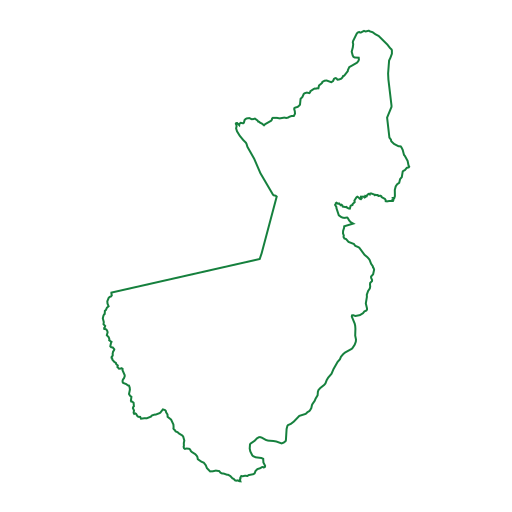 Pontes e Lacerda, Mato Grosso, Brazil (Mercator projection)
{"feature_id": "56859067B31933102266725", "entity_name": "Pontes e Lacerda", "entity_type": "district", "adm_level": 2, "iso_a3": "BRA", "parent_name": "Brazil", "parent_adm1": "Mato Grosso", "projection": "mercator", "projection_center": [-59.418, -15.43], "detail": "fine", "context": "isolated", "style": "outline", "palette": "green", "viewbox_px": 512, "rotation_deg": 0, "n_neighbors": 0, "source": "geoboundaries", "source_scale": "gbopen_adm2", "svg_char_len": 6060}
<svg xmlns="http://www.w3.org/2000/svg" viewBox="0 0 512 512"><path d="M272.8,117.9L272.1,118.5L271.9,119.6L271.2,120.7L265.1,124.2L264.0,125.3L261.8,123.5L260.2,122.8L259.2,121.8L258.3,121.7L257.6,120.6L254.9,118.6L253.3,119.1L251.6,119.2L249.4,118.1L246.8,118.4L245.6,119.0L244.6,120.0L243.9,122.7L243.1,123.3L240.7,122.8L239.3,124.0L239.2,125.1L237.1,123.0L236.2,123.1L235.8,123.8L236.3,124.7L236.6,126.2L236.1,128.4L237.0,131.3L239.7,135.7L243.2,140.0L245.9,142.7L246.6,144.1L247.4,146.8L254.2,158.8L260.4,173.2L273.0,194.7L273.7,195.3L275.6,195.7L276.7,196.6L261.6,253.4L259.7,259.0L111.4,292.6L111.4,293.7L111.8,295.3L111.1,296.4L109.7,296.9L108.7,297.8L107.3,301.3L107.5,303.6L108.6,306.3L106.9,307.7L105.9,310.0L104.9,310.8L104.7,314.0L104.0,314.5L103.4,315.8L102.8,318.3L103.8,322.1L103.5,324.2L105.2,326.0L104.8,327.2L104.1,328.1L104.3,329.0L105.6,329.1L106.5,329.7L107.4,331.3L107.6,332.4L106.8,335.2L108.7,337.2L109.4,339.2L109.2,340.3L111.5,341.9L111.0,342.9L110.3,346.3L111.1,347.2L112.8,347.5L114.3,349.3L113.9,350.5L113.1,351.5L112.6,353.9L112.8,355.1L112.4,356.1L111.7,356.7L111.5,357.8L112.2,358.3L112.3,359.6L114.3,361.9L115.9,362.9L116.2,364.1L117.8,365.5L117.4,367.0L118.2,367.8L119.0,368.7L120.5,368.6L121.6,368.2L122.6,368.9L122.5,370.2L124.7,375.2L124.7,376.3L123.9,378.4L123.0,379.4L122.6,380.6L122.6,382.0L123.1,382.9L126.2,384.1L127.9,385.4L129.0,385.6L129.7,387.6L129.9,389.7L129.0,394.0L130.0,395.7L131.4,396.8L130.9,400.8L131.3,401.6L132.2,401.6L133.6,402.8L133.9,406.3L133.2,407.0L132.9,408.1L134.0,410.5L133.6,412.8L134.2,413.9L135.3,413.4L136.1,413.9L137.4,416.1L138.3,416.8L140.2,416.9L141.0,418.7L144.6,418.2L146.7,418.3L151.0,416.6L151.6,415.7L152.4,415.3L154.6,414.6L155.7,414.6L159.4,413.2L160.3,412.7L162.9,409.4L165.0,410.1L165.8,410.9L166.1,412.3L167.5,414.5L167.6,416.8L171.1,419.6L173.4,424.5L173.6,427.2L173.4,428.4L173.8,429.3L174.6,429.8L175.6,431.4L177.6,432.2L179.0,433.5L182.3,435.5L183.2,436.6L184.3,440.5L183.8,443.1L183.9,445.9L183.6,446.8L184.0,448.2L184.9,448.9L186.6,448.5L189.2,448.8L190.1,449.5L190.8,451.0L191.7,451.9L195.3,454.2L196.8,455.9L197.4,457.0L197.8,459.2L201.4,461.7L203.8,462.7L205.8,465.3L206.9,468.1L210.1,471.4L212.7,471.3L215.8,470.6L219.2,471.1L220.5,472.7L221.8,473.4L223.8,473.6L226.9,474.7L228.2,474.8L230.4,476.1L232.5,478.4L233.6,478.8L235.1,480.4L236.3,480.7L237.4,480.4L239.4,481.2L240.4,481.3L239.8,479.4L240.5,478.7L240.3,477.7L241.3,476.0L242.5,476.3L245.1,475.7L247.4,476.0L248.6,475.1L253.3,474.2L254.6,473.4L255.5,471.0L257.4,469.1L260.2,468.2L262.0,467.1L262.9,467.0L263.8,467.5L265.0,466.8L265.1,465.8L263.4,462.5L263.2,458.8L261.4,458.0L255.7,457.3L253.2,456.2L252.3,455.4L250.3,451.4L249.7,448.5L250.0,444.4L250.5,443.6L254.6,440.8L257.0,438.3L259.0,437.2L260.0,437.1L261.7,437.6L266.0,440.0L268.1,440.6L273.4,441.0L276.3,441.5L281.6,443.4L283.7,442.6L285.6,441.1L285.9,440.2L286.6,428.9L287.4,425.9L288.0,425.1L290.8,423.9L293.8,421.6L299.3,415.9L305.3,414.0L306.2,413.5L307.4,412.2L309.3,411.1L310.0,410.3L311.3,408.1L312.0,404.9L312.6,403.8L314.7,400.8L315.6,398.6L317.6,395.3L317.9,391.7L318.5,390.0L320.3,388.0L324.2,384.9L325.4,383.5L326.7,380.1L328.2,377.6L331.5,373.8L333.5,369.1L337.6,361.9L339.9,359.3L341.0,356.7L343.3,354.0L345.1,352.5L351.8,348.8L352.6,347.9L354.7,344.7L355.8,341.7L356.0,339.6L355.2,335.6L355.4,328.8L355.2,325.9L354.7,323.6L351.8,316.6L352.0,315.4L353.1,315.2L355.4,316.0L359.9,315.1L363.0,313.2L364.4,311.4L366.3,310.6L367.0,309.6L367.0,308.4L365.8,303.4L366.9,296.9L366.8,294.7L368.1,291.0L369.8,288.5L370.2,286.6L370.0,284.3L370.2,282.9L372.0,281.1L372.1,280.0L371.1,277.8L371.1,276.5L373.1,274.3L374.1,269.8L373.7,268.2L373.0,267.5L372.9,266.4L371.1,263.8L369.6,259.9L368.9,258.9L367.4,257.2L364.5,254.8L359.5,248.0L358.7,247.3L355.2,245.8L353.9,244.0L348.5,241.9L346.1,239.1L344.4,238.5L343.5,236.9L343.8,235.5L343.0,233.4L343.1,230.9L344.1,227.8L344.2,226.3L353.2,223.6L350.6,222.1L349.2,220.5L347.8,218.1L347.1,217.5L344.5,217.9L342.9,217.7L341.3,217.1L338.8,215.3L336.4,208.0L336.4,207.0L335.1,204.9L335.7,204.1L335.8,203.2L336.5,202.7L338.1,203.8L339.0,203.4L340.7,205.2L341.5,204.7L342.3,205.4L342.7,206.6L345.7,207.1L346.5,206.9L347.2,207.8L349.1,208.6L349.9,208.6L350.5,206.0L351.3,205.3L352.4,205.1L352.7,204.0L354.7,202.1L354.4,200.6L356.4,197.4L357.3,196.7L358.9,197.7L359.7,198.7L360.9,199.2L361.6,198.4L361.0,197.7L361.0,196.7L363.9,196.7L364.5,197.5L365.4,197.1L365.4,195.9L366.7,196.2L367.1,195.2L368.5,193.9L369.8,194.5L370.1,193.6L371.0,193.4L374.1,194.5L374.8,195.2L375.6,194.8L376.4,195.1L377.7,195.0L378.4,196.0L380.4,195.7L381.3,196.2L381.6,197.1L384.9,198.9L385.6,200.0L385.7,201.2L387.0,201.4L389.2,201.0L392.7,201.0L392.5,199.8L393.4,199.9L393.7,198.7L393.2,198.0L394.3,198.0L394.9,196.1L394.8,189.9L395.7,186.4L397.1,184.3L399.2,182.8L400.1,179.1L401.8,177.1L402.7,171.6L403.3,170.9L404.9,170.1L406.8,167.8L408.7,167.4L409.2,166.7L408.5,165.3L407.6,160.9L404.8,155.8L404.0,154.9L402.7,149.9L401.5,147.5L400.7,146.4L398.4,146.2L394.0,143.9L391.3,141.3L390.9,139.6L389.4,137.6L387.1,117.6L391.5,106.9L391.5,105.6L388.4,79.5L388.1,73.5L389.1,60.5L390.4,57.8L391.9,53.7L391.9,50.5L391.6,49.5L390.0,48.0L387.4,44.6L378.7,36.0L375.3,34.2L372.6,32.2L369.9,31.4L368.8,30.7L365.6,31.5L364.0,30.9L360.9,32.5L360.0,32.5L359.2,32.0L357.8,32.5L356.8,33.5L353.1,41.0L352.8,42.3L353.2,44.2L352.8,47.4L351.7,51.7L352.7,55.5L353.5,56.9L354.7,57.5L358.7,57.7L358.9,59.7L358.3,61.1L357.0,62.7L349.3,67.1L347.9,70.1L347.8,71.1L344.6,75.2L343.9,75.9L343.0,76.1L342.5,77.4L341.2,78.7L339.0,79.5L337.5,79.7L336.5,78.5L335.7,78.1L334.7,78.4L333.9,79.0L333.1,81.0L331.3,82.2L326.6,80.5L324.6,80.7L322.4,81.9L321.9,83.1L319.0,85.5L318.4,88.3L316.9,88.3L315.9,88.7L314.9,88.5L313.7,89.0L310.4,91.2L310.1,92.2L309.4,93.1L306.8,92.6L304.5,93.3L303.7,94.0L302.4,97.0L300.6,98.8L300.0,104.5L299.6,105.2L297.7,106.9L295.2,107.6L294.3,108.2L294.2,109.1L294.8,111.2L295.0,113.7L293.8,116.0L291.6,116.0L289.3,116.8L288.3,117.5L286.4,118.0L284.3,117.6L279.7,118.4L277.1,117.9L272.8,117.9Z" fill="none" stroke="#15803d" stroke-width="2"/></svg>